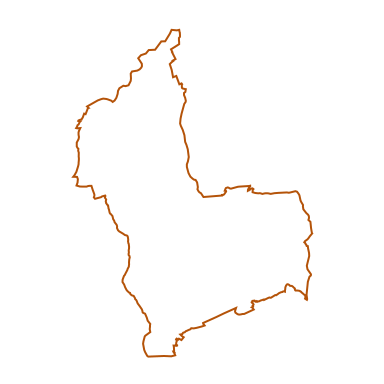 Darmanesti, Arges, Romania (Equal Earth projection), rotated 177°
{"feature_id": "2599482B43149351667502", "entity_name": "Darmanesti", "entity_type": "district", "adm_level": 2, "iso_a3": "ROU", "parent_name": "Romania", "parent_adm1": "Arges", "projection": "equal_earth", "projection_center": [24.892, 44.998], "detail": "fine", "context": "isolated", "style": "outline", "palette": "amber", "viewbox_px": 384, "rotation_deg": 177, "n_neighbors": 0, "source": "geoboundaries", "source_scale": "gbopen_adm2", "svg_char_len": 5863}
<svg xmlns="http://www.w3.org/2000/svg" viewBox="0 0 384 384"><g transform="rotate(177 192 192)"><path d="M303.2,241.1L303.5,239.1L303.0,237.2L303.3,233.2L303.2,231.8L303.3,229.9L303.7,227.2L303.8,225.8L304.3,223.9L306.4,218.2L308.4,215.0L309.8,213.4L306.0,213.1L305.3,210.8L305.8,207.4L307.0,204.5L303.6,203.3L297.0,202.9L295.4,203.4L294.3,203.5L292.1,203.4L291.1,199.5L289.8,195.3L289.6,194.2L289.7,193.2L290.3,191.8L289.2,190.3L283.1,191.6L282.1,192.3L278.9,193.0L278.7,192.6L279.3,190.9L278.4,189.5L278.1,188.9L278.5,187.7L278.6,186.8L278.3,186.2L278.4,185.5L277.9,184.8L277.6,184.0L276.5,183.0L276.6,182.4L276.3,181.4L276.3,180.3L275.8,178.6L275.4,176.1L275.2,175.3L274.7,174.5L274.1,174.1L273.5,173.2L272.7,172.2L272.1,168.9L271.4,167.8L271.0,166.7L270.9,165.9L269.0,163.2L268.8,162.6L268.6,161.6L268.8,160.0L267.9,157.7L266.8,156.5L263.2,154.1L261.2,152.5L259.4,152.0L258.8,151.5L258.5,150.8L258.3,149.4L258.2,147.3L258.5,146.3L258.3,145.3L258.3,144.4L257.9,143.5L257.7,140.5L257.9,138.5L258.1,137.9L258.3,136.7L258.2,135.2L258.3,134.3L258.6,133.5L258.5,132.2L257.8,131.4L257.6,129.9L258.2,128.0L258.6,124.9L258.6,123.0L258.9,121.7L259.0,120.7L260.2,118.8L260.7,117.4L262.8,113.9L263.4,112.7L264.3,111.8L265.2,109.7L265.9,108.0L266.1,105.7L264.6,103.1L263.8,100.5L262.5,97.6L261.6,96.4L259.9,94.7L259.2,94.5L258.8,93.1L257.4,91.9L255.7,91.3L254.5,89.0L254.3,87.9L253.4,87.1L253.0,86.3L252.1,83.6L250.5,81.2L248.3,77.6L247.8,76.1L247.6,74.4L247.3,74.0L245.2,72.9L243.7,68.8L243.0,65.8L240.6,62.4L240.9,61.2L241.0,59.6L241.4,57.3L241.0,54.3L246.2,50.9L246.8,50.1L248.3,45.4L248.8,43.0L248.0,36.9L247.2,34.6L245.3,30.7L244.3,29.9L228.6,29.7L221.3,29.0L217.3,29.8L217.8,31.3L217.7,32.3L218.1,32.5L218.5,32.5L218.7,32.8L219.0,33.6L218.2,33.5L218.2,38.1L218.4,39.6L216.0,39.3L215.3,39.2L214.9,39.4L214.9,39.7L216.9,40.0L216.2,40.2L215.9,40.5L215.5,42.8L214.9,44.1L215.0,44.6L215.0,45.2L215.7,45.5L215.6,45.8L214.9,46.4L213.5,45.3L212.7,46.2L210.3,44.7L207.9,47.4L209.7,48.7L211.1,50.3L209.1,50.6L208.6,51.5L208.1,52.0L206.6,52.3L205.5,53.3L203.7,53.9L203.2,54.2L200.8,55.0L199.9,56.0L197.4,55.7L194.5,56.1L189.2,57.2L186.4,58.0L187.7,59.8L187.8,60.6L174.4,65.8L166.5,69.1L154.1,73.9L155.3,70.7L155.0,69.3L152.9,67.6L151.4,67.1L149.6,67.2L148.1,67.5L146.2,67.5L136.5,71.4L136.9,72.0L137.3,72.8L137.7,73.3L138.3,73.7L137.0,74.4L137.3,75.3L137.0,75.4L136.4,76.4L136.7,77.1L137.6,77.9L138.2,78.8L138.0,79.0L137.3,79.1L137.3,80.1L135.2,80.3L135.1,80.2L134.9,79.6L134.7,79.6L134.3,79.2L133.8,79.5L133.2,79.1L133.0,79.5L132.4,79.1L132.0,79.4L131.7,79.2L131.3,79.2L130.5,79.4L129.3,80.0L128.6,80.2L128.0,80.3L127.5,80.5L125.9,80.9L125.7,80.4L121.0,82.4L120.0,82.6L119.4,82.3L118.7,82.3L114.3,84.7L113.9,84.7L113.4,84.5L112.2,85.2L110.3,86.5L108.1,87.3L106.9,87.4L106.3,87.9L105.7,88.0L105.1,87.9L104.4,87.6L104.3,88.9L103.9,90.4L103.9,91.2L103.6,92.3L102.9,93.7L102.4,94.3L101.7,94.9L100.7,94.7L99.8,94.1L98.9,93.1L98.0,93.1L97.1,92.9L96.0,92.0L95.4,91.2L94.6,90.6L94.3,90.1L94.4,89.4L94.2,88.7L93.8,88.2L93.2,88.1L92.6,88.2L90.3,87.8L89.3,87.4L88.9,86.9L88.6,86.9L88.1,86.5L87.8,85.9L86.7,85.0L85.6,83.8L84.8,83.3L84.5,82.8L84.3,81.9L84.2,81.1L84.4,80.3L84.7,79.6L82.9,78.3L82.6,79.0L83.0,83.3L81.0,96.3L79.1,101.3L77.7,102.4L77.5,103.6L80.7,108.8L81.2,112.3L80.4,115.0L78.3,121.9L78.3,125.0L79.0,129.4L79.2,131.9L80.3,132.1L80.6,133.3L81.1,133.7L81.2,134.1L81.2,134.3L81.6,134.8L81.7,135.3L82.1,135.6L82.3,135.7L82.5,135.9L81.6,137.1L79.1,138.7L78.0,139.9L76.7,141.6L74.2,144.3L74.3,144.4L74.5,145.5L75.0,149.8L75.3,156.0L77.2,158.0L76.5,160.0L76.6,161.9L77.3,163.3L78.9,164.9L81.7,168.9L82.0,171.8L81.8,173.2L83.5,176.4L84.1,178.0L84.9,183.1L85.7,184.7L87.1,186.8L88.7,187.4L94.4,186.3L95.4,186.2L97.3,186.6L106.2,186.6L109.7,186.5L113.5,186.0L116.0,186.7L118.2,186.9L119.7,186.8L121.8,186.4L123.6,187.1L124.5,187.3L125.8,187.2L128.9,187.7L131.5,188.6L131.4,190.1L131.0,191.3L130.5,191.6L130.5,191.8L131.5,192.5L131.8,192.5L132.8,192.2L133.3,192.0L134.1,191.2L134.7,191.1L135.2,190.6L135.5,190.6L136.1,190.3L136.0,191.3L135.1,193.0L133.6,194.6L133.6,195.2L134.5,195.0L144.5,194.9L146.0,194.8L152.9,193.3L154.1,193.6L154.9,194.2L156.0,194.7L156.8,194.5L158.0,194.1L158.4,193.4L158.7,192.7L159.2,191.6L158.5,191.5L158.0,191.3L157.9,191.0L157.9,190.7L160.0,188.0L160.8,187.5L162.2,187.5L162.2,186.9L180.8,186.4L183.1,190.3L184.6,191.3L185.4,192.3L186.4,194.4L185.9,196.6L186.4,201.3L187.8,203.9L189.1,204.1L190.5,205.1L192.8,207.4L194.5,211.1L195.8,217.2L195.7,219.9L194.5,222.7L193.4,227.1L194.0,234.9L195.1,239.4L196.2,242.4L196.6,249.1L198.0,254.5L199.7,258.7L200.3,261.0L199.6,265.8L198.3,270.8L195.1,280.4L193.7,282.2L193.4,283.4L193.9,286.4L194.9,289.2L194.8,291.3L193.4,292.3L192.8,295.0L194.0,295.3L196.0,295.9L196.5,296.4L196.6,296.7L196.6,298.8L196.5,299.7L196.2,300.1L196.8,301.0L199.0,300.2L201.6,308.7L204.9,307.6L205.9,315.0L207.5,320.9L205.5,322.7L203.9,323.8L204.3,324.2L201.5,325.6L204.6,332.6L204.3,332.8L205.5,335.6L197.1,340.3L197.0,342.7L197.1,343.9L197.0,346.5L195.9,347.6L195.8,349.2L195.8,351.8L196.1,352.7L196.3,354.6L198.7,354.2L203.9,355.0L205.8,351.3L210.9,343.9L214.8,344.0L221.4,336.0L227.8,336.0L230.8,332.7L235.8,331.3L238.7,328.4L235.4,322.7L235.4,320.3L236.1,318.9L237.9,317.2L240.3,316.1L245.6,315.5L247.0,313.4L247.0,308.5L247.4,306.1L249.8,301.9L252.8,301.2L255.0,301.7L259.1,299.4L260.6,296.8L261.1,293.9L262.6,290.0L264.5,287.4L266.5,286.1L267.8,287.4L271.5,289.0L272.8,289.4L275.8,289.9L277.8,289.5L281.3,288.4L292.3,282.9L290.9,281.4L291.5,281.3L294.2,275.3L295.6,275.9L297.3,271.9L297.8,271.4L298.6,270.0L299.0,270.2L300.5,269.8L301.6,269.4L301.9,268.9L300.1,268.1L300.4,267.9L300.9,267.0L301.7,265.4L302.9,264.6L303.3,263.3L304.3,261.9L303.3,261.6L300.2,261.7L301.7,258.9L302.2,257.4L302.3,255.0L302.0,252.8L302.5,250.8L304.5,247.4L304.7,243.5L304.0,242.0L303.2,241.1Z" fill="none" stroke="#b45309" stroke-width="2"/></g></svg>